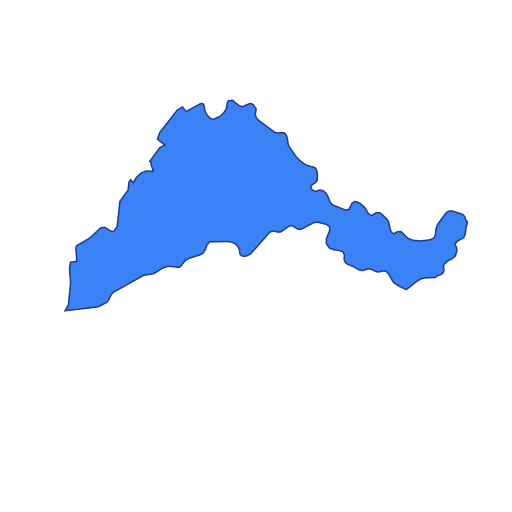 Meurthe-et-Moselle, Natural Earth projection, rotated 130°
{"feature_id": "FRA-5325", "entity_name": "Meurthe-et-Moselle", "entity_type": "Metropolitan department", "adm_level": 1, "iso_a3": "FRA", "parent_name": "France", "parent_adm1": "", "projection": "natural_earth1", "projection_center": [5.998, 48.953], "detail": "fine", "context": "isolated", "style": "filled", "palette": "blue", "viewbox_px": 512, "rotation_deg": 130, "n_neighbors": 0, "source": "natural_earth", "source_scale": "10m", "svg_char_len": 2958}
<svg xmlns="http://www.w3.org/2000/svg" viewBox="0 0 512 512"><g transform="rotate(130 256 256)"><path d="M148.3,101.9L150.5,102.1L154.9,104.4L157.3,104.9L163.6,111.9L167.1,114.7L172.2,116.6L185.0,119.2L186.9,126.0L187.9,132.6L187.1,136.0L184.4,143.1L184.2,146.5L184.9,148.1L186.0,149.2L188.5,151.0L190.0,152.6L190.8,154.1L191.7,158.1L193.5,161.7L198.7,165.0L200.4,168.0L201.4,174.3L203.5,180.6L203.5,183.7L202.0,186.3L198.7,188.7L196.8,191.9L198.4,196.1L201.2,200.6L202.7,204.5L201.4,209.9L197.9,213.1L189.3,215.9L186.3,218.3L186.4,222.0L190.3,230.2L192.9,233.0L206.5,238.6L207.8,239.9L208.7,241.8L209.3,247.0L210.0,248.6L212.4,250.0L221.5,252.5L223.3,254.1L225.6,258.7L228.6,260.7L257.8,261.5L262.1,263.3L264.0,264.9L265.0,267.3L265.0,269.1L264.4,270.1L262.5,271.9L261.0,274.4L260.1,277.2L260.0,280.2L260.9,283.3L263.0,286.9L274.9,300.6L279.0,300.7L283.1,299.1L287.4,298.3L291.6,299.9L300.5,305.6L305.2,307.3L312.7,307.1L314.4,308.0L319.3,315.4L321.1,317.3L326.3,320.2L334.8,322.7L343.1,329.7L375.9,342.1L378.9,342.0L384.7,340.6L387.5,340.5L396.6,344.4L420.7,367.1L413.9,368.4L396.3,380.3L385.6,390.7L380.0,394.1L375.3,389.9L365.9,398.9L363.7,400.1L349.3,394.9L334.5,393.1L331.5,390.6L330.7,387.1L330.4,383.5L328.7,380.8L322.8,381.2L301.6,395.4L287.6,396.4L281.4,400.7L278.3,401.2L278.8,397.1L272.9,398.1L266.9,397.5L261.4,394.7L257.3,389.3L255.6,391.4L253.4,395.2L251.8,396.5L251.8,398.2L234.9,399.3L229.5,397.1L229.9,406.5L223.4,409.1L194.8,410.1L189.1,408.1L190.4,402.4L175.4,396.6L173.9,395.4L173.5,393.8L174.8,391.6L176.9,389.3L178.6,386.6L179.6,383.6L179.9,380.0L179.6,378.3L179.2,377.2L178.4,376.4L172.3,373.4L167.4,372.7L162.6,373.3L157.1,376.5L154.7,376.8L151.8,374.1L151.7,373.2L151.8,366.5L151.4,364.7L150.7,363.0L149.8,362.0L143.4,358.9L142.2,357.3L141.9,355.1L143.2,350.5L148.4,347.2L150.1,344.0L150.4,340.2L149.2,321.1L148.1,318.6L145.6,316.3L143.5,313.6L143.9,310.6L145.7,307.7L149.7,303.2L150.9,300.9L154.1,289.5L154.7,283.0L154.2,276.6L152.0,270.9L151.1,269.4L150.6,267.9L150.6,266.4L151.3,264.7L152.8,262.6L158.4,257.9L160.9,257.5L165.7,258.8L167.8,258.5L168.6,257.4L169.1,255.8L169.1,254.1L168.7,252.7L167.7,251.5L165.2,250.1L164.1,249.1L162.8,246.1L162.9,242.8L164.0,239.6L167.0,234.1L167.6,231.8L167.4,229.4L163.2,216.9L161.0,214.8L153.8,216.3L151.0,215.6L149.6,213.3L148.9,210.5L148.9,204.7L149.3,202.6L151.4,197.0L150.9,193.6L145.4,191.6L143.4,189.1L143.1,186.3L143.7,179.3L144.5,176.7L150.2,169.0L150.9,166.2L150.1,164.7L146.5,163.2L144.3,160.9L144.1,158.1L144.6,154.9L144.8,151.4L143.9,148.1L142.5,145.0L138.8,139.7L131.8,133.1L127.5,131.2L123.8,132.5L119.8,135.4L114.8,137.2L100.5,138.1L98.2,137.3L96.3,135.8L95.5,134.7L91.6,125.3L91.3,123.8L91.7,121.5L93.6,118.1L94.0,115.9L99.3,113.3L104.3,110.0L108.2,108.6L114.5,111.0L116.2,111.4L119.2,111.1L119.9,110.0L120.3,108.2L122.7,105.5L127.8,103.3L132.3,104.2L136.7,106.0L141.0,106.6L143.5,105.7L146.1,102.8L148.3,101.9Z" fill="#3b82f6" stroke="#1e3a8a" stroke-width="1.5"/></g></svg>